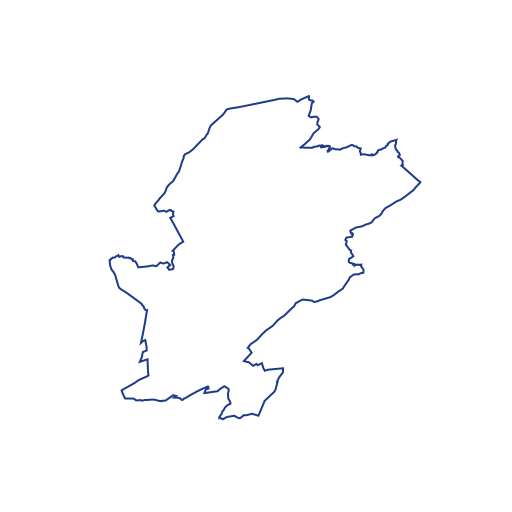 outline of Kurmāles pag., Kuldigas, Latvia, rotated 154°
{"feature_id": "27541924B2673216189448", "entity_name": "Kurmāles pag.", "entity_type": "district", "adm_level": 2, "iso_a3": "LVA", "parent_name": "Latvia", "parent_adm1": "Kuldigas", "projection": "equal_earth", "projection_center": [21.84, 56.915], "detail": "fine", "context": "isolated", "style": "outline", "palette": "blue", "viewbox_px": 512, "rotation_deg": 154, "n_neighbors": 0, "source": "geoboundaries", "source_scale": "gbopen_adm2", "svg_char_len": 6098}
<svg xmlns="http://www.w3.org/2000/svg" viewBox="0 0 512 512"><g transform="rotate(154 256 256)"><path d="M239.4,393.1L241.6,391.4L245.8,387.1L247.1,386.7L249.6,385.0L251.1,384.3L253.1,384.2L265.9,379.5L270.5,378.5L275.2,378.6L276.4,377.8L277.2,377.6L277.3,376.9L278.5,375.4L281.3,373.0L283.9,370.1L288.3,365.7L290.8,364.4L297.3,359.8L298.7,359.3L301.6,358.7L306.1,356.8L308.2,354.5L310.8,352.5L317.8,349.8L318.3,349.3L323.1,347.3L325.2,346.0L324.9,341.3L324.3,338.8L321.9,337.9L319.0,337.2L317.1,335.0L313.4,335.3L312.5,334.8L312.5,333.8L310.7,332.1L311.8,330.9L312.5,329.1L312.6,328.0L316.4,327.8L316.0,323.0L315.1,300.8L319.3,300.4L321.9,299.7L328.7,297.2L327.9,296.3L328.9,293.0L330.3,293.3L330.9,291.1L331.7,289.9L332.8,289.5L333.7,288.3L334.5,286.2L334.4,284.2L334.7,282.5L336.0,280.7L337.7,280.9L340.1,281.7L340.6,284.6L337.1,285.5L338.5,289.3L342.7,289.9L344.9,292.1L349.9,290.6L351.5,291.5L352.7,292.7L358.7,294.4L366.7,297.4L366.6,301.5L366.8,304.1L368.6,305.3L368.8,306.1L368.1,306.9L369.3,308.1L369.5,308.8L369.8,308.8L370.2,309.4L370.6,309.5L370.5,309.8L370.9,310.3L372.7,311.0L375.7,312.7L375.5,313.5L375.8,314.3L378.2,315.2L378.8,315.1L379.3,315.2L379.5,315.5L379.3,317.1L381.7,317.0L383.8,316.6L385.6,317.4L386.1,317.1L387.2,317.1L387.7,316.6L389.4,316.5L391.2,311.5L391.7,308.4L391.7,306.9L391.0,303.2L390.9,300.7L392.9,289.4L392.9,287.6L392.6,286.6L391.7,284.9L388.4,279.6L380.5,264.6L379.7,262.9L379.6,262.5L379.9,262.0L379.1,260.2L379.1,259.1L379.5,258.4L379.0,256.0L378.0,254.9L377.8,254.9L383.5,247.0L383.4,246.9L392.5,234.7L397.5,228.3L395.1,229.0L392.4,229.0L392.6,227.7L393.1,226.6L394.0,222.8L395.7,219.0L399.6,219.3L401.2,217.6L402.8,215.2L406.8,211.8L398.8,210.7L403.2,200.7L405.1,195.7L405.3,195.6L405.1,195.6L416.0,195.9L420.5,195.1L435.7,194.2L436.1,190.5L436.1,185.3L430.8,182.7L428.2,181.2L427.0,178.7L422.7,177.0L421.9,175.9L418.8,175.3L416.2,173.9L415.8,173.9L412.3,172.5L410.3,171.4L406.4,168.1L404.6,166.9L404.3,167.2L401.0,165.8L400.0,165.8L391.5,167.2L389.2,165.2L391.7,164.7L387.4,162.3L387.1,161.6L386.5,161.2L385.7,159.0L384.7,158.9L383.2,159.5L382.9,159.3L382.3,159.2L374.1,159.9L363.8,160.2L356.4,159.8L356.3,159.2L356.7,157.7L358.8,158.0L360.2,157.6L362.5,155.4L349.8,151.3L346.8,152.2L341.5,152.8L339.1,148.9L339.1,148.3L339.2,147.5L341.6,144.5L343.4,140.0L343.2,137.4L343.3,135.3L343.9,134.3L345.2,134.5L348.1,134.2L350.7,133.2L352.7,131.6L354.2,131.2L355.5,129.6L359.7,127.2L360.1,126.4L359.4,126.4L357.3,123.8L352.8,124.1L345.5,121.9L343.6,119.0L341.7,117.3L340.7,117.3L336.8,118.3L334.7,117.2L328.7,115.9L323.8,111.4L311.7,122.0L299.0,126.0L297.2,127.2L291.8,133.4L292.2,133.8L288.5,136.7L283.8,139.1L283.0,139.4L280.9,143.2L294.1,148.2L296.4,148.8L298.4,149.0L298.5,152.4L297.7,157.1L302.4,157.1L302.9,158.8L306.8,158.6L309.0,163.7L310.0,164.3L312.9,166.9L302.3,171.0L303.1,176.7L303.6,177.0L301.8,178.0L299.6,179.1L294.9,179.7L291.4,180.4L284.7,183.1L279.1,184.8L271.6,185.9L264.9,188.6L260.6,189.6L257.1,189.9L248.4,192.8L243.9,194.1L241.2,196.0L240.4,196.3L239.4,196.1L237.8,196.4L233.1,196.4L225.3,191.4L224.5,189.9L223.4,189.0L219.8,188.2L219.5,188.4L218.3,188.3L207.0,186.4L203.2,186.8L197.1,188.0L192.5,188.6L187.1,191.8L183.0,194.0L181.0,195.7L176.5,196.5L173.9,195.7L172.7,194.9L171.9,194.7L171.7,194.5L170.7,194.6L168.5,194.5L167.7,194.0L166.8,193.9L165.3,196.7L166.2,201.4L165.4,201.6L165.2,202.0L165.7,202.0L165.8,202.3L166.2,202.4L166.9,202.9L167.3,202.9L167.5,203.2L168.6,203.6L168.9,204.0L169.5,203.9L170.0,204.3L171.0,204.2L170.8,204.4L170.8,204.6L171.5,204.7L171.6,205.0L172.2,205.3L172.5,205.6L171.6,206.1L175.0,209.2L175.1,210.5L173.7,212.5L168.8,213.0L168.6,214.0L169.1,217.5L168.1,219.2L169.1,220.4L170.1,226.1L170.4,226.6L167.9,229.6L168.7,231.3L166.7,232.9L161.3,231.2L160.9,231.8L159.9,232.2L159.3,233.0L159.4,234.1L160.4,234.1L160.6,234.3L160.3,235.6L160.5,236.5L159.9,237.6L158.5,237.5L153.8,237.8L147.4,236.1L143.9,236.2L140.4,235.6L137.8,235.5L136.5,235.9L134.8,237.0L132.2,237.9L128.0,237.9L126.9,238.2L124.8,239.0L122.0,241.0L118.6,242.3L112.3,242.7L105.5,243.5L101.6,243.2L96.2,244.0L85.7,246.2L82.7,247.6L76.1,250.1L75.9,250.5L77.2,252.8L82.5,265.8L85.8,273.5L84.0,273.4L84.1,274.4L82.5,277.0L83.6,280.9L84.9,282.8L84.5,283.3L82.5,283.7L82.3,285.1L82.4,286.2L83.1,287.7L82.9,288.6L83.0,289.4L83.5,290.4L83.0,293.1L82.4,294.6L81.1,295.4L80.3,296.8L79.8,298.1L78.9,298.8L84.6,299.8L85.5,299.8L85.9,299.6L87.0,299.5L87.8,299.1L88.1,299.1L88.5,298.9L88.4,298.6L89.1,298.0L89.3,298.1L89.8,297.8L91.0,297.8L91.8,297.0L92.5,296.8L94.9,297.1L96.0,296.8L99.8,297.5L100.1,297.4L100.7,296.6L101.0,296.5L101.2,296.2L101.4,296.3L101.6,296.0L102.3,295.8L102.8,295.3L103.3,295.4L105.5,295.0L106.4,295.1L106.9,295.4L107.1,295.7L106.9,296.3L107.2,296.5L107.6,296.7L108.2,295.9L108.6,296.1L110.2,297.0L113.7,299.7L117.0,301.2L117.3,301.2L116.7,302.5L116.7,303.4L116.8,304.1L116.6,304.9L115.1,306.1L114.8,306.9L116.6,308.0L117.9,310.7L119.4,311.3L120.0,312.6L121.1,313.9L126.7,314.0L131.9,314.9L134.0,314.7L135.7,316.1L137.5,316.8L140.0,319.3L145.6,318.2L145.6,319.0L144.8,319.0L144.5,319.4L144.0,319.6L144.0,319.9L143.0,320.4L143.0,320.7L142.6,321.2L141.8,321.5L142.0,322.0L141.6,322.2L141.6,322.4L142.9,323.5L144.2,323.5L144.3,323.8L144.1,323.9L144.3,324.1L146.1,323.9L146.3,324.0L146.2,324.5L146.4,324.7L147.5,324.3L148.3,324.5L148.7,324.8L149.2,325.1L150.7,325.3L149.9,325.6L148.4,325.4L147.4,325.6L147.8,326.4L148.1,326.6L149.8,326.9L151.0,327.7L152.7,327.5L153.7,328.1L155.9,328.5L156.5,328.9L157.3,328.5L158.5,328.8L160.4,329.9L161.4,330.2L162.9,331.2L164.3,331.7L166.5,333.2L168.4,333.8L168.5,334.0L163.3,335.1L156.5,337.1L150.3,341.1L144.2,342.7L142.3,343.7L142.1,344.2L143.3,347.3L142.2,349.3L139.9,351.2L139.7,351.7L140.4,354.5L142.1,355.5L145.7,356.5L147.1,358.5L147.2,358.9L143.2,362.7L138.7,369.0L137.2,369.1L136.5,369.6L136.9,370.3L136.9,370.9L138.3,371.6L139.3,372.5L139.8,373.4L139.7,374.0L138.5,375.8L138.4,376.6L146.6,376.9L151.1,376.4L153.1,380.1L153.3,380.6L158.9,384.0L166.3,387.2L171.4,388.3L207.3,397.6L214.3,399.8L217.9,400.6L223.5,397.6L239.4,393.1Z" fill="none" stroke="#1e3a8a" stroke-width="2"/></g></svg>